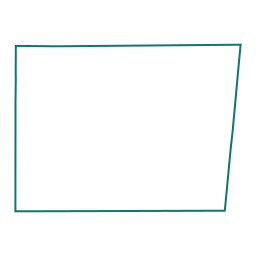 the district of Kemper, Mississippi, United States of America
{"feature_id": "52423323B56584420152614", "entity_name": "Kemper", "entity_type": "district", "adm_level": 2, "iso_a3": "USA", "parent_name": "United States of America", "parent_adm1": "Mississippi", "projection": "orthographic", "projection_center": [-88.657, 32.753], "detail": "fine", "context": "isolated", "style": "outline", "palette": "teal", "viewbox_px": 256, "rotation_deg": 0, "n_neighbors": 0, "source": "geoboundaries", "source_scale": "gbopen_adm2", "svg_char_len": 291}
<svg xmlns="http://www.w3.org/2000/svg" viewBox="0 0 256 256"><path d="M15.4,211.3L97.5,211.1L224.8,210.7L227.0,187.7L230.8,147.5L232.7,130.5L238.2,70.2L240.6,44.7L56.1,46.3L18.2,45.9L15.8,46.0L15.7,73.7L15.8,77.4L15.5,103.0L15.4,211.3Z" fill="none" stroke="#0f766e" stroke-width="2"/></svg>